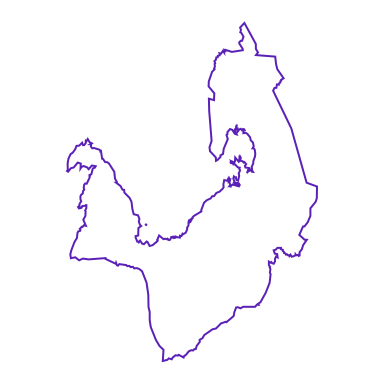 outline of Laguna, Laguna, Philippines
{"feature_id": "2640588B29584406601254", "entity_name": "Laguna", "entity_type": "district", "adm_level": 2, "iso_a3": "PHL", "parent_name": "Philippines", "parent_adm1": "Laguna", "projection": "equal_earth", "projection_center": [121.262, 14.28], "detail": "fine", "context": "isolated", "style": "outline", "palette": "violet", "viewbox_px": 384, "rotation_deg": 0, "n_neighbors": 0, "source": "geoboundaries", "source_scale": "gbopen_adm2", "svg_char_len": 5990}
<svg xmlns="http://www.w3.org/2000/svg" viewBox="0 0 384 384"><path d="M162.8,361.0L167.4,359.8L168.8,358.4L171.7,359.3L172.8,357.4L175.5,355.3L177.9,355.6L178.7,354.8L183.6,357.5L184.0,356.2L186.1,354.7L188.8,351.3L191.3,350.2L193.0,350.5L194.3,349.2L195.8,349.0L196.7,345.9L199.8,341.8L199.6,339.8L202.4,338.3L204.3,335.0L212.5,329.3L216.0,328.5L221.0,323.4L225.7,321.8L226.4,322.2L233.7,316.0L234.3,312.4L236.1,307.5L237.8,307.2L240.5,308.3L243.2,306.8L255.1,306.8L256.9,304.7L258.6,304.8L258.1,303.8L260.4,302.3L265.6,293.0L269.6,282.9L270.6,274.2L269.9,272.8L270.4,269.0L269.7,267.7L270.1,266.8L268.9,265.2L268.9,261.6L270.7,262.7L271.4,262.1L272.2,263.3L273.8,263.7L275.0,261.4L275.1,258.5L276.1,256.5L277.6,257.4L277.2,254.1L274.8,253.6L273.7,250.3L275.7,249.7L277.4,247.9L280.9,247.9L280.8,249.1L282.8,249.8L282.7,250.9L283.9,251.8L284.0,253.0L285.3,253.4L286.0,254.6L286.8,254.2L288.0,255.3L289.0,255.2L289.4,256.1L290.5,254.7L291.7,256.7L293.7,256.2L295.4,255.4L295.5,254.2L296.4,255.3L298.3,254.8L298.8,255.9L299.6,255.5L299.6,252.1L301.9,249.2L303.1,245.2L306.8,239.8L304.6,239.7L299.3,234.9L303.0,226.5L304.5,226.4L307.7,222.3L310.4,215.8L310.4,208.3L315.6,201.9L316.8,198.3L317.0,186.5L306.6,182.7L291.3,128.4L273.1,90.7L274.5,87.9L276.4,87.8L276.9,84.5L278.8,84.7L278.8,83.6L280.3,82.6L280.3,81.3L281.2,80.7L281.1,79.9L283.6,78.3L277.3,69.2L276.1,64.3L275.2,56.6L256.0,55.1L258.0,52.4L255.9,49.0L255.8,43.9L244.4,23.0L240.1,27.6L241.0,29.9L240.3,32.3L241.4,33.0L243.5,36.7L242.1,40.8L240.7,40.8L239.2,42.4L239.4,43.7L242.7,48.8L242.8,50.2L231.9,51.9L225.5,49.9L225.4,50.7L224.7,50.3L225.1,51.4L223.9,51.6L224.0,52.4L222.9,50.9L221.0,53.7L219.4,53.2L219.7,55.3L217.8,55.9L217.7,57.2L216.3,57.4L215.8,59.9L214.4,61.1L215.2,63.2L214.6,63.9L214.9,66.5L214.1,68.5L214.6,69.2L212.1,71.8L208.8,81.4L208.6,86.4L214.3,93.3L214.0,100.1L208.9,98.7L209.2,110.9L211.6,140.9L209.5,147.2L210.0,151.2L215.8,157.4L216.0,160.8L217.5,160.0L220.5,156.9L220.5,155.3L223.0,154.0L223.7,148.9L227.8,139.0L226.5,135.0L227.4,134.2L227.4,132.2L230.1,129.0L232.3,129.9L234.8,133.8L236.6,134.4L234.7,130.3L234.9,129.3L235.8,129.2L236.9,124.5L236.4,128.0L236.7,129.1L237.5,128.7L237.6,131.7L239.4,129.3L240.8,128.8L241.8,130.1L243.0,129.0L244.2,129.3L244.7,130.3L243.3,130.9L243.4,133.2L245.6,132.8L247.3,133.8L250.1,137.3L250.7,140.2L253.0,142.6L253.7,146.3L252.6,148.3L253.7,148.3L254.7,149.5L255.3,153.9L254.9,156.9L253.4,160.7L253.2,163.6L251.7,166.8L252.2,170.6L253.0,171.9L252.0,171.8L250.8,169.9L249.5,170.8L248.8,170.1L247.0,173.2L248.0,170.0L249.6,169.1L249.4,168.1L245.4,167.5L244.7,165.1L245.2,165.6L246.2,164.1L244.3,162.0L243.6,162.5L242.7,161.3L241.0,160.9L240.4,159.6L240.8,157.7L240.3,156.9L240.2,157.9L239.9,156.4L239.5,156.4L239.3,161.2L238.8,161.8L235.2,157.5L235.0,161.2L234.3,162.4L231.4,161.2L232.6,163.1L231.1,162.5L231.0,163.1L233.2,163.4L233.4,164.4L234.9,164.3L237.9,167.4L239.7,167.7L239.3,169.0L240.1,170.3L238.7,173.6L239.2,175.7L238.1,180.7L236.4,179.8L235.9,177.3L235.2,177.6L233.9,176.4L233.3,178.7L234.5,181.6L233.9,182.6L237.9,183.1L237.5,183.8L235.9,183.9L236.5,184.3L238.9,183.7L239.7,184.9L238.9,185.5L239.5,186.2L238.0,185.0L239.7,186.6L232.9,184.6L230.8,185.8L230.6,187.4L230.2,185.5L229.7,185.7L230.4,184.6L229.4,182.9L230.0,180.2L228.9,181.1L229.5,178.1L228.7,179.3L228.0,179.0L227.3,180.8L224.2,180.1L223.4,184.4L223.6,187.3L222.7,188.7L219.5,191.7L216.4,192.9L214.0,196.2L212.2,196.2L210.7,198.4L206.8,200.2L204.1,202.6L201.2,210.2L201.4,211.4L193.8,216.0L192.4,217.5L192.6,218.2L190.3,219.6L190.5,220.3L191.9,219.1L190.3,222.0L188.7,222.9L188.4,225.6L187.1,227.7L187.2,229.3L185.7,232.7L183.0,234.3L182.5,233.8L181.5,236.0L180.0,235.7L179.9,237.6L175.7,236.9L175.5,237.7L173.5,238.1L172.8,237.4L173.6,236.7L172.0,236.9L172.4,237.4L171.3,237.3L170.0,239.8L169.0,240.1L167.6,238.8L167.2,239.4L165.3,238.7L163.6,239.2L159.1,235.5L157.2,239.9L157.3,240.6L158.0,239.4L157.5,241.0L152.7,245.1L149.6,246.0L147.7,242.2L146.7,241.5L143.9,244.2L142.1,243.6L140.1,240.6L138.9,242.2L138.6,241.5L137.3,241.7L135.6,237.4L135.6,236.1L137.9,235.6L138.2,236.3L138.4,228.0L141.2,226.0L140.0,224.8L138.8,221.7L139.4,218.9L138.0,215.3L133.7,214.2L132.4,209.2L131.5,201.8L129.6,197.9L124.4,192.6L124.1,189.9L122.5,189.7L120.5,186.0L116.3,182.8L117.0,182.8L116.9,182.1L115.0,178.6L114.3,171.8L108.9,163.4L107.2,162.2L105.2,162.1L102.9,158.8L102.1,158.7L101.0,151.0L100.4,151.2L100.5,150.6L99.2,149.6L93.9,148.0L92.2,148.3L90.8,146.4L91.3,144.1L90.5,144.1L91.8,143.3L89.7,142.3L87.7,139.0L86.3,141.5L85.8,141.0L85.7,143.1L84.2,145.1L83.0,145.1L82.1,142.7L79.3,145.6L76.5,145.9L75.2,149.3L72.7,152.7L70.6,154.1L68.5,158.6L67.6,163.4L67.8,169.8L67.0,171.0L68.1,171.7L70.9,168.2L73.7,167.5L77.7,162.6L80.8,163.6L80.5,168.5L81.5,167.0L83.6,166.0L87.3,167.5L88.6,169.2L91.9,165.5L95.7,166.2L94.9,167.6L92.8,168.5L91.4,174.1L89.5,175.1L90.0,175.8L89.5,176.3L89.7,177.4L86.7,183.7L85.1,183.5L84.2,184.8L83.7,187.5L84.2,189.7L83.2,190.7L82.7,193.6L81.1,194.8L80.4,196.5L80.5,199.5L81.2,201.2L79.8,203.5L79.2,205.3L79.6,206.2L78.1,207.0L78.9,208.4L81.5,207.8L82.4,206.0L85.8,205.7L86.4,204.3L86.3,208.2L85.1,210.6L85.6,211.4L85.4,215.9L83.3,219.7L85.9,225.8L83.8,225.3L82.5,227.0L81.7,226.8L79.8,228.9L80.4,229.5L80.2,230.8L78.2,231.5L77.5,232.9L76.9,238.0L74.4,242.2L71.4,250.1L70.3,254.3L70.9,258.2L75.3,257.3L79.1,260.3L82.9,258.6L88.6,259.4L105.5,258.1L105.5,258.9L115.6,263.7L116.0,262.7L116.8,265.1L117.9,265.7L119.3,264.1L126.3,265.1L127.2,266.1L129.4,265.9L130.5,267.1L132.9,266.8L134.2,268.4L136.6,268.1L139.1,268.9L142.1,271.3L146.6,282.8L148.3,294.9L148.5,307.0L149.7,312.0L149.7,320.2L150.8,327.2L155.9,339.9L159.6,346.1L163.5,349.8L162.8,361.0ZM147.0,225.4L146.2,224.8L145.7,223.8L145.7,224.7L147.0,225.4ZM188.5,222.4L189.2,221.2L188.9,220.8L188.5,221.7L188.5,222.4ZM236.6,129.6L236.4,128.8L236.1,128.4L236.1,129.6L236.6,129.6ZM231.5,162.4L230.7,161.8L230.6,162.0L231.5,162.4ZM228.5,178.4L229.0,177.9L228.9,177.7L228.5,178.4Z" fill="none" stroke="#5b21b6" stroke-width="2"/></svg>